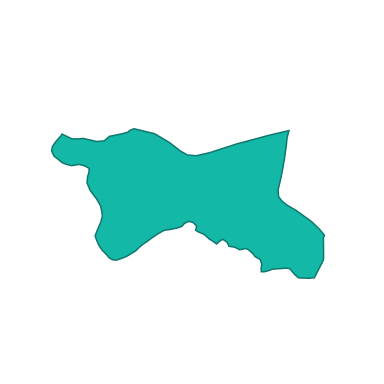 outline of Ash Shati', rotated 200°
{"feature_id": "LBY-2967", "entity_name": "Ash Shati'", "entity_type": "Municipality", "adm_level": 1, "iso_a3": "LBY", "parent_name": "Libya", "parent_adm1": "", "projection": "mercator", "projection_center": [12.752, 27.893], "detail": "fine", "context": "isolated", "style": "filled", "palette": "teal", "viewbox_px": 384, "rotation_deg": 200, "n_neighbors": 0, "source": "natural_earth", "source_scale": "10m", "svg_char_len": 1775}
<svg xmlns="http://www.w3.org/2000/svg" viewBox="0 0 384 384"><g transform="rotate(200 192 192)"><path d="M52.7,196.7L52.8,196.2L52.9,194.1L45.9,175.5L45.3,172.3L47.7,153.2L49.8,152.4L52.3,151.0L56.1,149.8L60.4,148.4L62.6,147.8L67.1,149.5L74.0,153.4L77.1,152.8L81.3,150.9L85.6,149.0L89.8,147.1L92.5,144.8L93.4,144.1L96.9,141.7L99.6,140.8L101.0,143.9L101.7,147.9L104.7,151.9L110.9,152.9L113.1,154.6L119.5,157.2L122.5,157.2L125.8,155.0L127.6,154.0L132.1,154.7L133.9,154.6L138.7,153.6L141.8,156.8L147.0,158.1L148.7,155.8L149.5,154.6L151.1,151.6L157.2,153.3L159.5,153.6L165.3,156.1L168.7,156.5L172.6,156.7L175.5,157.3L176.0,161.5L180.2,163.6L184.9,163.4L188.3,160.0L189.8,156.2L192.7,153.7L195.4,152.0L199.6,149.4L204.9,146.6L209.9,140.9L214.3,134.7L217.1,130.4L220.0,126.4L222.4,122.4L224.7,117.6L228.5,112.7L231.5,109.1L234.1,106.7L239.4,102.3L243.6,101.1L247.5,101.9L250.3,103.6L256.6,106.6L261.6,110.3L265.6,114.6L268.1,117.8L268.0,120.8L267.8,126.2L267.4,132.9L268.1,138.9L270.4,143.3L273.1,147.6L276.0,150.1L279.5,153.0L288.1,158.5L293.8,164.7L295.4,170.8L295.5,175.0L296.7,179.0L301.7,179.8L307.8,179.2L314.1,175.6L320.1,175.0L324.1,175.2L330.4,177.4L333.8,178.4L338.0,182.6L338.7,187.1L337.6,191.5L335.7,196.7L334.0,200.8L334.0,202.0L322.9,200.9L315.8,203.5L312.8,205.1L304.2,206.2L299.1,206.8L292.0,210.0L288.6,216.1L282.6,219.7L277.5,222.9L273.0,226.0L271.1,229.1L268.1,231.6L263.0,232.2L247.0,234.0L229.9,230.7L216.6,226.5L209.0,225.2L200.5,227.5L189.0,234.9L179.6,242.2L166.8,252.2L152.5,262.2L139.7,271.2L128.3,278.7L121.9,282.9L121.2,275.4L119.4,268.5L116.4,254.5L114.5,243.5L113.3,235.9L111.8,223.4L109.1,217.4L104.9,214.5L98.8,212.3L87.5,210.2L78.3,207.6L69.1,204.9L59.8,200.8L52.9,196.8L52.7,196.7Z" fill="#14b8a6" stroke="#0f766e" stroke-width="1.5"/></g></svg>